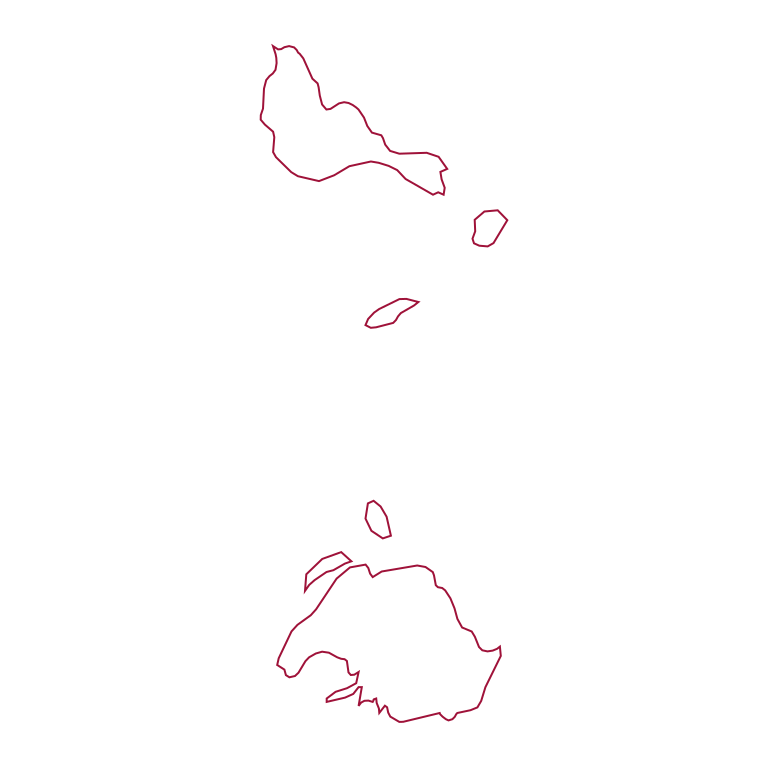 an SVG outline of Shefa
{"feature_id": "VUT-565", "entity_name": "Shefa", "entity_type": "Province", "adm_level": 1, "iso_a3": "VUT", "parent_name": "Vanuatu", "parent_adm1": "", "projection": "albers", "projection_center": [168.336, -17.198], "detail": "fine", "context": "isolated", "style": "outline", "palette": "rose", "viewbox_px": 768, "rotation_deg": 0, "n_neighbors": 0, "source": "natural_earth", "source_scale": "10m", "svg_char_len": 2582}
<svg xmlns="http://www.w3.org/2000/svg" viewBox="0 0 768 768"><path d="M482.3,650.3L487.5,651.4L492.7,650.6L497.1,648.8L499.9,646.6L500.8,655.9L485.4,687.2L481.2,700.9L477.4,707.4L470.5,710.2L457.3,713.0L456.2,714.2L454.8,716.8L452.4,719.2L448.5,720.4L445.9,719.2L442.6,716.7L440.1,714.2L439.7,713.0L403.2,721.8L399.3,721.9L390.3,716.6L388.2,712.6L387.1,707.3L384.9,705.7L379.3,712.9L378.9,708.5L376.7,703.0L376.2,698.5L373.9,699.3L373.6,699.6L373.6,700.2L372.7,701.9L368.4,700.6L364.4,700.8L361.1,702.6L358.6,705.9L361.8,687.1L358.6,687.1L353.3,693.9L345.1,697.6L326.7,701.9L326.7,698.5L335.6,691.8L347.0,688.2L356.2,683.2L358.6,672.0L354.3,674.7L350.8,675.0L348.5,672.4L346.9,661.0L344.6,659.2L341.2,658.8L337.2,657.3L328.9,652.7L322.1,651.7L315.8,653.5L309.1,657.3L305.4,661.2L298.5,672.7L295.0,676.0L289.4,677.3L285.9,675.1L284.4,669.6L277.2,665.0L278.7,658.3L291.5,631.4L297.5,624.8L310.8,615.2L316.1,609.3L336.6,578.6L350.0,567.4L365.6,564.6L368.3,568.0L370.1,573.6L372.7,577.1L381.7,571.5L417.2,565.5L425.5,567.0L432.8,572.1L434.0,575.4L435.8,585.2L437.9,587.2L442.2,588.0L445.2,590.4L450.4,598.3L454.5,608.3L457.4,618.9L462.1,627.5L471.7,631.5L474.9,636.8L479.0,647.0L482.3,650.3ZM297.9,176.2L291.3,172.2L276.0,157.2L273.1,152.1L274.3,137.2L273.1,131.7L264.9,124.6L260.7,119.7L260.8,115.1L263.0,108.6L264.0,88.6L266.2,80.1L269.5,76.1L272.8,73.5L275.5,69.8L276.6,63.1L276.3,57.9L275.6,54.2L273.0,46.1L278.1,49.4L281.2,49.1L284.4,47.2L289.1,46.1L294.1,47.4L296.7,50.0L298.1,52.6L299.7,53.8L303.3,58.4L312.4,78.7L317.6,83.4L318.6,87.2L319.8,95.6L322.1,104.5L326.4,109.5L330.5,108.9L339.0,103.4L344.1,102.2L348.6,103.0L352.7,105.0L356.1,107.4L358.5,109.5L364.0,117.6L367.3,126.0L371.9,132.6L381.3,135.3L383.0,138.2L385.2,144.6L390.1,150.9L399.3,153.7L426.7,152.8L438.6,156.8L447.2,168.9L440.4,171.9L441.6,179.3L444.7,187.8L443.6,194.7L438.2,192.3L433.0,194.7L405.6,179.0L397.2,170.1L388.7,165.9L378.7,162.8L370.9,161.5L349.4,166.2L334.1,175.3L319.0,181.1L297.9,176.2ZM487.7,246.4L479.3,245.7L474.0,243.3L472.5,238.7L475.2,231.3L474.7,219.8L484.4,211.5L497.7,210.3L507.3,220.2L493.5,243.1L487.7,246.4ZM400.8,313.1L398.0,316.4L396.0,320.0L393.2,322.9L376.1,327.3L370.8,327.8L365.5,325.1L368.1,319.0L374.1,312.6L379.2,309.0L399.4,299.1L406.4,298.9L418.4,302.0L414.0,305.5L400.8,313.1ZM365.5,518.6L367.9,503.4L373.6,500.8L380.6,506.5L386.6,516.7L390.9,535.7L382.8,538.4L371.4,530.8L365.5,518.6ZM305.0,590.9L306.3,574.3L322.3,558.9L341.2,552.1L351.4,561.3L344.9,563.6L333.4,570.2L326.5,572.0L314.5,580.2L309.2,584.9L305.0,590.9Z" fill="none" stroke="#9f1239" stroke-width="2"/></svg>